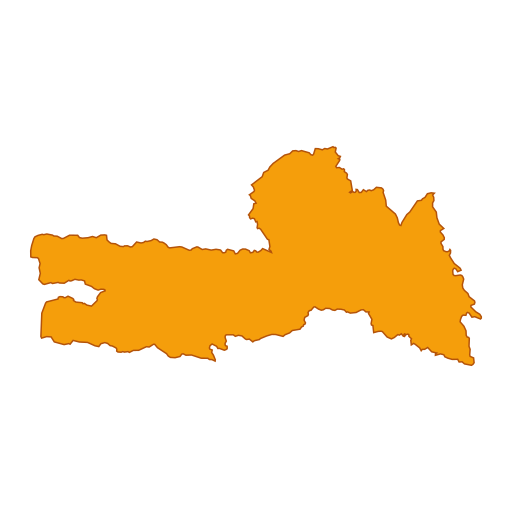 the district of Kiharu, Central, Kenya
{"feature_id": "3690345B72180207858390", "entity_name": "Kiharu", "entity_type": "district", "adm_level": 2, "iso_a3": "KEN", "parent_name": "Kenya", "parent_adm1": "Central", "projection": "orthographic", "projection_center": [37.119, -0.71], "detail": "fine", "context": "isolated", "style": "filled", "palette": "amber", "viewbox_px": 512, "rotation_deg": 0, "n_neighbors": 0, "source": "geoboundaries", "source_scale": "gbopen_adm2", "svg_char_len": 6048}
<svg xmlns="http://www.w3.org/2000/svg" viewBox="0 0 512 512"><path d="M41.6,338.1L46.6,336.6L51.1,336.9L54.3,341.9L64.1,344.6L68.8,343.6L70.1,344.2L73.1,340.4L79.3,342.0L87.5,342.4L95.0,345.8L98.8,346.6L100.9,343.7L104.8,342.6L107.6,343.4L110.1,345.6L112.3,346.0L116.0,347.9L116.8,349.1L116.7,351.1L117.9,352.0L121.2,352.2L122.7,351.6L124.4,352.1L128.0,351.6L129.4,352.4L133.3,350.4L138.7,350.3L146.4,346.7L149.2,347.0L153.4,344.3L154.7,344.3L157.5,347.7L166.6,353.7L168.3,356.1L170.4,357.4L175.1,357.7L180.0,356.5L181.8,354.1L183.2,353.8L185.9,355.2L191.5,355.0L201.2,358.2L207.9,358.3L209.4,359.5L212.0,359.6L215.1,361.1L215.3,359.8L213.4,355.1L211.7,352.5L212.2,350.0L209.8,349.1L209.4,348.0L210.0,345.7L212.1,344.0L216.6,346.3L217.9,348.5L219.4,348.4L224.3,350.2L225.8,349.7L227.1,348.8L227.2,347.5L227.1,346.2L225.5,345.7L225.1,344.7L225.1,343.3L226.3,341.1L225.1,337.5L225.2,336.0L226.2,334.8L233.3,334.8L235.3,336.3L238.4,335.3L241.9,335.9L245.4,339.0L246.5,339.5L249.4,339.1L252.8,341.9L254.4,340.7L259.5,339.5L260.3,338.6L266.8,335.9L271.9,334.4L275.8,334.5L283.1,336.4L285.1,334.7L289.6,332.9L292.3,330.5L300.0,329.2L301.6,326.9L303.2,326.2L303.7,324.6L305.0,324.1L305.5,322.9L304.1,320.2L304.7,317.4L307.9,315.6L308.4,314.2L308.0,312.6L308.6,311.6L309.4,310.6L311.0,310.3L313.7,307.1L315.0,306.8L318.5,309.1L321.3,310.2L323.3,309.8L325.7,308.3L329.7,308.5L332.5,310.0L334.9,310.4L337.2,309.1L340.8,309.2L344.4,310.0L346.4,312.2L347.5,311.9L350.3,313.1L356.1,312.5L361.1,309.9L363.4,309.7L365.9,311.9L369.1,312.0L368.5,313.5L371.9,319.3L371.1,323.6L371.5,325.0L372.9,325.5L373.7,332.6L378.2,331.4L381.1,331.2L382.4,331.6L387.1,337.0L391.4,338.9L394.3,337.5L397.8,334.6L399.4,335.1L401.3,333.8L403.3,336.2L404.5,336.5L405.2,335.5L403.8,334.8L404.5,333.9L406.2,334.6L407.8,334.1L408.8,334.6L408.9,336.3L411.5,338.8L410.8,340.3L411.3,344.9L413.7,343.4L415.2,344.3L419.7,347.9L421.2,350.7L422.2,349.4L424.7,349.3L427.7,347.5L431.7,351.8L436.7,353.0L435.5,353.9L435.4,355.3L440.4,353.9L443.0,354.5L444.2,355.2L444.7,356.7L447.9,358.2L452.2,359.4L457.7,359.3L459.1,362.0L462.1,361.8L464.5,363.9L471.5,365.3L473.0,364.3L474.1,362.7L473.6,357.9L470.1,356.4L469.7,354.9L470.1,349.3L469.0,346.3L469.3,338.5L468.7,337.4L467.2,337.1L466.2,335.3L466.0,330.8L463.9,326.2L460.1,321.8L460.5,319.4L461.7,316.3L463.1,315.1L465.9,315.3L466.6,313.1L467.5,312.4L469.2,313.1L471.9,317.2L474.8,316.7L480.5,319.0L481.3,318.1L481.3,316.7L479.8,314.3L475.8,311.8L470.8,306.9L471.0,305.4L474.4,304.1L474.9,302.4L474.5,300.9L469.1,296.7L467.9,293.5L464.3,290.3L462.8,288.0L462.3,284.8L463.7,279.1L462.8,276.8L461.8,275.5L460.3,275.0L455.6,275.7L454.0,275.5L453.0,274.3L452.7,270.7L453.1,269.4L454.2,268.2L455.9,268.9L457.7,271.7L461.1,270.2L460.2,268.3L454.2,263.5L450.6,257.9L449.3,255.3L450.5,253.0L450.6,250.4L449.9,249.5L449.2,250.9L447.7,251.7L446.0,251.7L443.7,250.7L443.0,249.5L442.9,246.6L441.0,243.4L441.0,241.9L444.2,239.4L444.3,237.7L442.9,234.9L440.3,232.0L440.4,230.6L443.8,228.5L439.2,224.1L436.9,217.7L436.3,212.1L432.6,206.8L432.6,202.9L433.9,200.6L433.7,197.3L432.6,195.0L434.3,193.2L431.2,192.8L427.4,193.7L425.0,197.4L422.5,198.8L421.4,200.3L417.4,200.9L409.8,212.0L406.8,214.6L402.0,222.4L400.9,225.5L399.6,225.1L398.4,222.6L397.3,217.9L395.4,214.0L386.3,206.2L385.7,200.1L383.1,192.4L383.6,190.7L383.0,189.2L381.5,187.9L376.4,187.3L373.6,189.8L371.2,190.7L369.7,190.0L367.8,190.3L366.4,191.6L363.4,189.7L361.3,192.4L359.2,192.6L357.4,189.6L356.1,189.4L356.2,191.2L355.2,192.3L354.0,192.4L352.8,191.6L350.5,192.9L349.6,192.3L352.3,190.4L350.7,180.9L347.3,178.9L346.9,177.7L347.4,174.5L346.6,173.2L344.3,171.6L344.5,169.8L343.7,168.8L342.1,169.2L339.4,167.5L336.6,167.7L335.8,166.4L339.6,160.5L339.8,159.4L338.3,158.7L339.7,157.9L340.4,156.4L338.2,155.7L335.3,152.0L336.1,148.1L335.1,147.3L333.9,147.6L333.0,146.7L327.4,149.0L324.7,148.5L322.4,149.8L318.2,148.7L315.3,148.6L313.6,154.1L312.6,155.2L310.9,154.7L309.2,152.8L301.5,150.6L298.6,151.5L295.9,150.6L292.7,150.9L289.8,153.7L284.6,155.1L273.2,163.4L269.9,166.9L268.1,170.2L263.7,172.5L262.2,176.7L251.5,184.9L253.3,186.9L254.5,190.2L254.0,191.5L249.4,194.8L250.3,195.5L251.2,198.4L254.9,200.9L256.1,203.2L253.8,203.8L253.1,208.6L248.5,214.9L249.5,216.0L249.6,217.6L250.6,218.9L252.6,218.2L254.4,218.7L255.8,221.9L257.0,221.5L257.6,224.4L257.1,227.7L257.6,228.6L259.1,228.2L260.6,229.2L267.4,239.2L268.9,239.9L269.9,246.6L269.0,249.4L271.0,251.1L271.5,252.5L262.6,248.6L260.9,250.5L258.1,252.2L256.8,252.1L255.7,250.8L254.3,250.4L252.8,252.4L250.4,252.8L249.2,250.7L245.6,249.1L242.7,249.0L240.1,250.2L237.5,253.4L235.3,253.9L233.7,250.9L227.6,249.3L226.3,250.3L225.7,252.2L224.1,252.8L222.6,252.7L220.6,250.1L219.5,249.8L216.0,249.3L211.2,250.1L205.7,248.9L202.2,249.5L197.9,247.0L196.7,246.9L192.3,248.7L191.0,250.1L189.3,250.3L181.9,247.0L179.6,246.7L169.6,247.9L168.2,247.3L166.3,244.7L164.0,243.0L162.4,242.2L159.6,242.0L157.0,239.7L153.9,239.0L151.1,240.6L147.1,241.5L145.3,241.2L143.5,242.5L141.0,243.0L136.6,242.0L132.3,246.7L130.4,247.0L127.6,245.8L124.5,245.9L123.4,246.6L120.1,246.3L115.5,243.8L111.0,243.4L108.9,241.8L107.0,239.9L106.5,235.3L104.8,234.9L100.8,235.1L96.3,237.7L92.5,236.5L88.1,237.7L82.3,238.2L79.5,237.6L77.7,235.3L71.0,235.2L69.6,235.2L63.5,238.4L61.8,238.6L57.2,236.2L53.8,236.0L52.5,235.1L46.8,234.0L43.7,234.7L42.2,234.3L38.0,235.4L35.0,236.8L33.9,238.5L31.7,245.5L30.7,250.7L30.8,256.9L32.5,257.5L37.4,257.7L38.5,258.6L40.1,263.6L39.1,267.8L40.3,273.4L38.8,279.7L42.8,283.9L44.4,284.4L50.9,282.6L52.5,283.5L58.1,282.4L59.5,283.0L64.3,283.2L68.9,280.3L70.0,281.0L71.5,280.8L74.9,279.3L78.9,280.1L81.2,279.9L84.5,280.9L85.3,284.1L91.5,286.4L94.4,288.7L98.1,290.1L100.9,289.2L103.5,289.3L104.8,289.7L105.1,290.8L100.6,292.6L97.5,296.7L96.9,298.4L97.4,299.7L97.0,300.7L91.5,306.1L86.9,305.1L84.4,303.4L83.0,303.7L82.2,302.7L75.9,302.1L73.5,300.5L73.7,299.4L72.7,298.4L68.0,296.2L65.5,297.6L64.0,297.7L62.9,296.8L60.0,296.6L58.4,297.3L58.0,299.0L46.6,301.9L45.6,303.1L41.8,313.2L40.9,336.5L41.6,338.1Z" fill="#f59e0b" stroke="#b45309" stroke-width="1.5"/></svg>